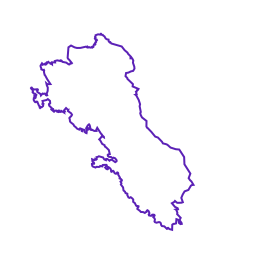 the district of Sausnējas pag., Erglu, Latvia, rotated 226°
{"feature_id": "27541924B72961238006119", "entity_name": "Sausnējas pag.", "entity_type": "district", "adm_level": 2, "iso_a3": "LVA", "parent_name": "Latvia", "parent_adm1": "Erglu", "projection": "robinson", "projection_center": [25.654, 56.823], "detail": "fine", "context": "isolated", "style": "outline", "palette": "violet", "viewbox_px": 256, "rotation_deg": 226, "n_neighbors": 0, "source": "geoboundaries", "source_scale": "gbopen_adm2", "svg_char_len": 5760}
<svg xmlns="http://www.w3.org/2000/svg" viewBox="0 0 256 256"><g transform="rotate(226 128 128)"><path d="M223.4,126.7L223.8,125.7L223.6,125.6L225.8,124.1L227.0,121.9L225.8,121.1L228.1,118.9L226.6,117.6L227.5,117.5L228.0,116.9L228.7,117.2L230.2,116.5L230.9,116.6L231.0,115.9L231.6,115.4L231.6,114.6L230.8,114.7L230.8,114.0L230.6,113.6L230.8,112.8L231.9,112.6L231.8,112.1L232.3,111.8L232.8,110.6L233.8,111.1L234.3,111.1L233.6,108.4L232.9,107.8L231.0,107.0L230.4,106.4L228.6,107.2L228.3,107.9L227.5,107.6L226.9,106.6L224.1,104.9L223.6,105.0L219.3,103.8L213.5,102.7L215.5,100.4L216.8,100.3L215.0,99.2L212.8,98.4L210.5,96.0L209.0,93.1L207.7,92.6L208.0,92.0L208.8,91.8L209.9,92.5L210.9,91.7L211.0,91.1L212.1,90.5L211.9,88.0L213.2,88.7L216.8,87.8L217.9,88.4L218.0,89.7L218.3,89.9L218.9,89.7L220.3,87.9L221.3,87.0L222.4,86.7L224.0,86.8L224.2,86.5L224.1,85.9L223.4,85.7L221.2,85.8L220.8,85.1L220.2,84.9L219.9,84.2L218.2,84.2L217.4,84.9L215.5,85.1L215.2,84.5L216.0,84.5L216.3,84.3L215.6,83.8L215.9,83.5L216.0,83.2L215.6,83.0L216.0,82.8L215.0,81.8L214.0,82.2L214.0,81.9L215.0,81.4L215.0,81.1L213.8,79.7L212.2,79.2L211.1,79.2L210.6,79.6L210.7,80.4L209.9,81.0L205.8,79.4L204.8,79.6L204.0,78.6L203.4,78.6L203.3,80.1L202.9,80.4L202.8,82.1L204.1,83.9L204.8,83.4L204.9,83.9L206.5,85.2L206.8,85.3L204.7,88.9L204.5,90.4L201.7,90.7L199.9,89.3L199.8,88.7L200.2,88.1L199.7,87.3L198.5,86.8L195.4,87.0L194.9,86.1L193.6,87.3L192.3,86.6L192.9,85.9L191.1,86.1L191.0,87.8L190.1,88.7L189.0,88.3L187.6,89.2L187.4,89.6L187.9,90.1L188.7,90.2L188.6,90.5L186.5,90.6L186.2,91.0L186.6,91.9L183.6,92.7L184.4,93.1L183.8,94.0L185.1,94.3L185.4,97.3L182.6,97.4L182.5,97.6L181.9,96.6L178.0,97.3L176.4,96.9L175.9,95.2L176.1,94.8L175.9,92.7L174.9,92.3L173.1,90.9L172.1,90.7L168.5,91.2L166.8,90.7L164.7,91.0L163.0,90.9L160.7,91.8L161.0,93.3L159.5,94.0L158.6,92.9L158.0,92.6L157.6,92.8L158.3,93.8L158.3,94.5L156.8,95.3L155.6,94.1L153.9,94.2L153.1,94.6L153.6,95.3L155.5,97.1L154.6,97.9L155.3,99.5L157.0,98.1L157.8,100.9L157.7,102.5L156.7,102.4L155.4,101.7L154.5,101.1L154.3,100.5L152.9,100.5L153.2,99.8L152.6,99.9L151.9,100.4L152.1,100.8L149.3,101.7L147.8,103.3L148.7,103.8L149.5,106.0L142.6,104.6L141.8,104.7L140.3,104.4L138.4,104.5L138.0,104.2L140.3,103.5L139.9,101.7L139.8,99.4L138.3,99.4L134.5,98.4L131.9,99.2L130.7,98.5L129.5,98.8L125.5,98.9L121.9,96.8L122.7,95.5L122.7,94.7L121.8,94.1L120.4,94.3L119.0,95.6L117.0,96.0L116.7,97.0L115.1,97.7L112.7,97.4L112.0,96.6L112.3,95.1L116.2,94.4L117.3,93.2L117.3,92.0L120.1,91.6L120.9,90.8L120.2,89.8L121.9,89.1L124.1,89.6L127.9,87.4L128.2,86.2L128.9,85.1L127.3,83.9L127.4,83.0L128.4,82.8L128.0,82.3L128.1,81.6L130.4,80.5L128.8,79.3L126.5,79.3L126.0,79.0L125.9,78.6L127.0,77.9L127.3,77.2L126.8,76.7L125.3,75.9L124.5,76.0L122.1,77.2L122.0,78.3L120.1,80.1L119.8,80.8L120.0,81.6L118.2,82.9L118.9,83.8L118.9,84.2L116.6,86.8L116.2,86.9L115.6,86.6L115.4,84.1L113.8,84.0L112.7,84.4L112.4,84.9L112.8,85.5L113.9,86.3L113.5,86.8L111.6,87.1L110.6,87.0L109.5,86.6L108.7,85.8L108.1,85.6L107.8,85.8L107.9,86.9L107.6,87.5L106.9,87.6L104.7,87.0L103.6,87.4L103.3,87.8L103.5,89.4L102.8,89.7L102.2,89.5L101.2,88.5L98.0,87.8L97.8,87.5L97.8,87.1L97.6,86.9L96.1,87.5L94.8,87.4L94.4,87.0L94.7,86.0L94.7,85.4L92.8,84.9L92.3,83.6L88.7,83.2L86.2,81.4L84.3,81.6L82.8,81.0L81.8,81.7L81.0,81.8L80.3,80.9L77.7,80.1L76.7,80.5L76.3,81.9L74.0,82.2L72.8,82.0L71.6,80.7L71.0,80.4L69.4,80.8L66.5,79.9L65.6,80.1L65.2,80.8L64.4,81.2L64.0,80.8L63.7,79.0L63.3,78.5L60.2,79.0L58.7,78.9L57.0,80.5L55.2,81.1L55.2,82.2L54.8,83.0L55.5,84.1L55.3,84.9L54.0,85.1L52.3,84.5L51.5,83.8L51.4,82.8L50.5,82.4L48.9,83.5L48.7,83.8L48.8,85.2L47.8,86.3L47.2,86.6L46.5,86.3L46.4,85.5L46.7,84.8L46.5,84.3L44.6,84.3L43.6,83.9L42.3,82.1L41.5,82.0L40.1,82.7L38.9,84.8L38.2,85.4L36.9,85.5L35.0,84.4L33.9,84.3L32.0,85.8L28.4,85.9L28.2,86.3L28.5,87.2L28.3,87.5L26.5,87.6L24.1,89.0L27.7,92.7L27.5,94.1L26.8,94.8L26.0,96.3L28.8,99.5L27.3,100.3L26.1,100.2L25.4,99.4L24.2,98.7L22.4,99.0L21.7,100.1L22.6,100.6L25.9,101.1L26.8,103.5L31.9,103.5L32.8,104.7L35.6,105.9L36.0,105.8L34.8,107.5L35.8,108.0L38.6,107.0L43.4,107.3L42.7,109.9L42.9,111.1L40.4,111.3L39.6,111.8L37.1,114.6L36.5,115.9L40.7,117.8L42.2,121.3L43.1,124.7L41.5,128.4L42.8,133.1L42.7,134.1L41.6,135.6L45.5,136.5L47.4,136.4L49.8,136.8L51.9,141.2L62.7,143.4L68.1,148.2L76.9,149.9L79.6,147.6L84.4,145.0L88.6,144.7L90.2,144.0L92.7,142.4L94.5,142.9L100.4,142.9L102.9,141.6L109.0,142.1L114.7,142.1L115.0,141.9L116.3,142.3L120.2,146.2L125.9,145.4L128.3,146.1L130.2,147.1L130.6,148.3L135.6,151.5L136.7,153.2L140.8,155.2L145.8,156.6L146.5,156.5L145.9,157.3L146.1,157.7L147.3,158.0L147.7,158.6L148.6,159.0L148.3,159.7L148.9,160.7L148.5,161.6L148.8,162.7L154.7,160.2L156.1,162.0L163.7,161.7L164.4,162.2L167.0,162.2L168.9,164.8L167.6,166.7L166.7,169.4L165.5,171.4L166.2,173.9L167.7,175.1L171.5,176.9L172.9,178.7L175.3,179.4L176.4,178.2L176.9,178.7L176.5,179.2L176.9,179.6L181.6,179.6L182.5,180.0L186.2,179.6L191.0,180.1L200.4,174.7L202.0,174.9L202.2,174.3L203.7,174.3L205.1,175.4L206.5,174.4L207.9,174.1L210.2,174.7L212.3,174.3L212.6,174.5L213.8,173.5L214.5,174.0L214.6,173.9L214.0,173.3L216.2,171.5L217.2,169.2L216.9,169.0L216.5,167.7L215.7,167.6L215.5,167.1L215.6,166.6L215.4,166.3L214.7,166.2L213.4,166.9L212.8,166.7L213.0,165.5L212.4,165.3L212.0,164.8L212.0,164.2L212.2,163.8L211.6,163.3L211.7,162.8L210.8,162.5L210.8,162.2L211.6,161.4L211.2,160.2L210.4,159.6L210.4,159.1L211.3,158.4L210.9,157.9L211.5,157.5L212.1,156.6L212.8,156.5L213.7,155.5L214.3,155.4L213.9,154.9L214.3,154.6L215.7,154.3L218.6,149.5L221.0,146.9L223.1,145.6L226.9,144.3L227.4,141.2L220.4,133.3L219.3,133.0L217.9,133.1L213.6,132.7L213.6,132.3L214.5,131.8L214.6,131.4L214.3,130.4L214.4,130.0L215.1,129.5L217.9,129.0L221.1,126.8L222.6,127.0L223.4,126.7Z" fill="none" stroke="#5b21b6" stroke-width="2"/></g></svg>